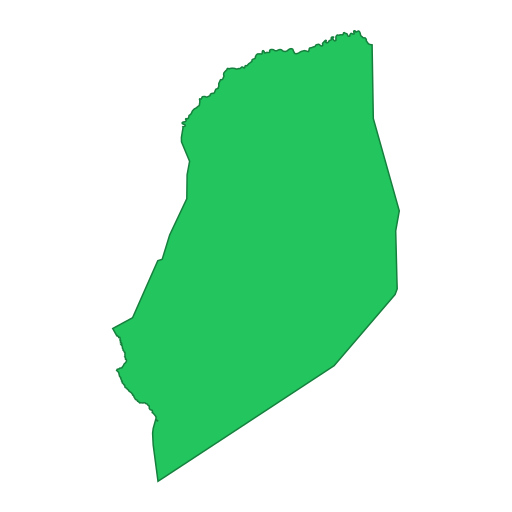 Tepelmeme Villa de Morelos, Oaxaca, Mexico
{"feature_id": "50627088B19513954267626", "entity_name": "Tepelmeme Villa de Morelos", "entity_type": "district", "adm_level": 2, "iso_a3": "MEX", "parent_name": "Mexico", "parent_adm1": "Oaxaca", "projection": "orthographic", "projection_center": [-97.312, 18.0], "detail": "fine", "context": "isolated", "style": "filled", "palette": "green", "viewbox_px": 512, "rotation_deg": 0, "n_neighbors": 0, "source": "geoboundaries", "source_scale": "gbopen_adm2", "svg_char_len": 5714}
<svg xmlns="http://www.w3.org/2000/svg" viewBox="0 0 512 512"><path d="M334.1,365.7L395.1,294.5L397.2,288.8L396.9,279.0L395.7,230.9L399.3,210.7L399.1,210.3L373.3,118.5L372.1,44.8L370.0,44.5L368.4,43.8L367.1,41.9L366.2,40.8L366.4,40.0L366.1,39.0L365.1,37.9L363.8,37.8L363.1,37.8L362.0,36.6L361.6,36.4L360.8,35.6L360.6,35.1L360.2,33.2L359.6,31.9L359.0,31.2L358.6,31.0L358.3,31.1L357.6,31.3L356.1,32.0L355.8,32.0L355.6,31.9L355.1,30.9L354.9,30.8L354.5,30.7L354.1,30.8L353.8,31.1L353.7,31.4L353.7,31.9L354.1,33.1L354.2,33.7L354.1,33.9L353.9,34.0L352.9,34.0L352.3,33.8L351.6,33.4L351.4,33.4L350.8,33.5L350.1,34.5L349.9,35.0L349.7,36.1L348.9,36.3L348.4,36.2L348.0,36.0L347.7,35.5L347.2,34.1L346.4,33.6L345.3,33.3L344.4,32.6L343.6,32.8L343.3,33.8L342.9,34.6L342.7,34.7L342.3,34.8L340.2,34.8L339.8,34.9L339.3,35.2L338.8,35.2L338.3,35.2L337.7,35.0L337.3,35.0L336.9,35.3L336.2,36.1L336.0,36.5L335.9,37.8L335.9,39.7L335.9,40.2L335.8,40.4L335.5,40.7L335.2,40.8L334.8,40.9L334.5,40.8L334.1,40.5L333.2,39.5L332.7,38.8L332.7,38.5L332.7,38.3L333.5,37.6L333.6,37.3L333.6,37.1L333.4,37.0L333.0,36.9L331.8,37.1L331.5,37.4L331.2,37.9L331.2,38.7L331.4,39.5L330.9,40.0L330.3,40.2L329.2,40.7L329.0,41.1L328.4,42.0L327.6,42.7L327.1,42.8L326.4,42.7L325.8,42.3L325.7,42.0L326.2,41.1L326.3,40.7L326.1,40.4L325.6,40.3L325.0,40.7L324.0,41.7L323.4,42.5L322.6,43.2L322.5,43.5L322.5,44.0L322.7,44.7L322.7,45.2L322.5,45.6L322.3,45.7L321.9,45.9L321.6,46.0L320.7,45.7L319.2,44.5L318.5,44.3L318.1,44.3L317.2,44.6L316.5,44.7L316.1,44.9L315.7,45.3L315.3,46.1L314.9,46.5L314.7,46.6L313.7,46.8L313.2,47.1L312.6,47.2L312.1,47.5L310.5,47.9L310.0,47.9L309.6,48.1L309.3,48.5L309.0,50.1L308.7,51.1L308.5,51.4L308.4,51.5L307.9,51.5L307.3,51.4L306.2,51.0L304.5,50.6L303.2,50.9L302.6,51.1L301.4,51.4L300.0,52.1L298.9,52.9L298.1,53.3L296.4,53.7L295.8,53.7L295.0,53.5L294.5,53.1L293.5,51.1L292.9,49.5L292.8,49.3L292.0,48.8L291.5,48.7L290.9,48.7L289.8,48.9L288.5,49.7L288.1,50.1L287.7,50.3L287.2,50.9L285.3,51.5L283.8,51.3L283.2,51.2L281.6,49.9L280.8,49.6L280.0,49.5L279.1,49.7L277.6,50.3L277.1,50.6L276.5,50.8L276.1,50.8L275.0,50.7L273.9,50.0L273.1,49.6L272.3,49.5L271.0,49.5L270.2,49.8L269.9,50.1L269.6,50.6L269.8,51.5L269.7,51.8L269.6,52.2L269.2,52.5L268.9,52.5L266.7,52.4L265.1,53.0L264.7,53.0L264.5,52.9L264.2,51.7L263.7,51.0L263.3,50.7L262.9,50.7L262.6,50.9L262.4,51.3L262.2,52.8L262.1,53.4L261.9,53.8L261.6,54.0L261.4,54.0L260.4,53.9L257.8,53.9L257.3,54.1L256.5,54.7L255.4,56.7L255.3,57.9L255.1,58.2L254.7,58.6L253.0,59.2L252.3,59.6L252.0,60.0L251.9,61.3L251.7,61.7L250.6,62.3L249.9,63.0L248.9,63.6L248.0,64.5L247.5,65.2L247.1,65.6L246.8,65.7L245.8,65.6L245.5,65.6L245.3,65.7L244.9,66.6L244.8,67.3L244.4,67.9L244.3,68.0L243.9,67.9L243.7,67.8L243.1,67.3L242.9,67.2L242.4,67.0L242.1,67.0L241.9,67.0L241.6,67.1L240.5,68.2L240.3,68.4L239.7,68.6L238.7,68.5L237.2,69.0L236.3,69.0L235.0,68.5L233.8,68.3L232.1,68.2L230.3,68.4L229.6,68.6L229.2,68.9L228.0,68.4L227.5,68.4L227.4,68.5L227.2,68.7L227.0,69.4L226.7,69.9L225.7,70.8L224.7,71.9L224.2,72.5L223.8,73.1L223.6,74.3L223.6,74.8L224.0,76.3L223.5,77.1L223.2,77.9L223.1,78.4L222.8,78.9L222.0,79.7L221.7,79.7L221.0,79.6L220.7,79.7L220.2,80.2L219.9,81.2L219.1,82.7L218.8,83.4L218.7,84.5L218.8,85.7L218.7,86.2L218.7,86.6L218.2,87.4L218.2,88.1L218.0,88.3L217.3,88.7L215.9,89.2L215.4,90.1L214.6,92.2L214.2,92.8L213.8,93.2L213.3,93.4L212.1,93.3L210.8,93.9L210.5,94.1L210.2,94.6L210.2,95.2L210.1,95.5L209.9,95.7L207.6,96.8L206.7,97.1L206.4,97.1L206.1,97.0L205.4,96.6L204.8,96.5L203.9,96.5L202.5,96.7L202.3,96.8L202.0,97.3L201.7,98.2L201.3,98.9L200.8,99.0L199.8,98.8L199.6,99.0L199.5,99.5L199.8,100.5L199.8,101.8L199.7,103.0L199.4,104.3L199.5,104.9L199.3,105.5L198.9,105.8L198.0,106.4L196.0,108.1L194.3,108.9L192.7,110.6L192.2,111.3L191.6,112.9L191.4,113.1L191.1,113.8L189.8,115.0L189.1,115.4L189.0,115.6L188.8,116.8L188.6,117.4L188.4,117.7L188.3,118.3L188.1,118.5L187.5,118.7L186.6,118.8L186.0,118.6L185.8,118.7L185.7,118.9L185.6,119.2L186.2,120.0L186.2,120.5L186.0,120.9L185.1,121.7L183.3,122.0L182.8,122.2L182.5,122.4L182.2,122.9L182.1,123.0L182.4,123.7L183.4,124.2L184.5,124.4L185.0,124.9L185.2,125.3L185.1,125.9L184.8,126.2L183.7,126.6L183.2,126.7L182.8,126.7L182.3,126.4L183.1,127.2L181.4,137.5L181.5,141.9L189.6,161.3L187.1,174.8L186.8,198.7L169.7,234.9L162.2,259.3L157.8,260.7L132.6,317.7L112.7,328.5L116.8,335.8L117.4,335.6L117.6,336.1L118.6,336.8L118.7,337.5L119.8,337.4L120.2,338.9L119.9,340.0L120.6,340.3L120.7,341.3L120.3,341.9L120.6,342.6L121.3,342.8L121.8,344.0L121.7,344.4L120.9,344.4L121.7,345.5L122.2,345.9L122.5,348.4L123.2,349.5L123.1,350.3L123.9,351.0L124.5,352.4L124.9,352.4L125.0,352.8L125.0,353.7L124.9,354.7L125.1,356.4L124.7,356.8L125.3,357.4L125.5,359.3L126.3,359.4L126.5,360.8L126.1,362.0L125.1,363.1L124.2,363.9L123.5,365.4L122.8,366.4L122.2,367.1L122.0,367.8L119.6,368.2L119.2,368.7L117.8,369.3L117.3,369.2L116.6,370.4L118.2,371.9L118.8,372.9L119.5,376.2L120.8,377.8L120.6,378.1L121.2,379.2L121.1,379.6L121.4,380.0L121.8,380.5L121.6,381.1L122.3,381.5L122.2,382.8L122.8,383.2L123.2,383.8L123.8,384.3L123.8,384.7L124.6,385.1L125.1,387.4L126.8,388.3L127.0,388.9L128.2,389.8L128.8,390.9L131.6,393.0L131.8,393.5L132.7,394.4L132.6,395.0L133.5,395.6L133.8,396.1L134.2,397.4L134.9,398.3L135.5,399.5L135.9,399.6L137.0,400.1L137.2,400.7L137.7,401.4L138.3,401.4L138.7,401.8L139.1,402.4L139.9,403.0L140.5,402.7L143.0,403.0L144.3,402.7L145.1,402.9L145.6,403.5L147.1,404.0L147.9,405.0L148.1,405.4L149.2,406.0L149.3,408.5L150.2,409.7L152.3,410.4L152.5,411.7L152.4,411.9L152.2,412.1L152.2,412.6L152.4,412.8L152.9,412.9L154.8,415.1L156.0,416.8L156.0,418.5L155.7,419.4L158.2,421.1L155.5,420.2L153.2,428.4L152.6,433.2L153.2,445.0L158.0,481.3L334.1,365.7Z" fill="#22c55e" stroke="#15803d" stroke-width="1.5"/></svg>